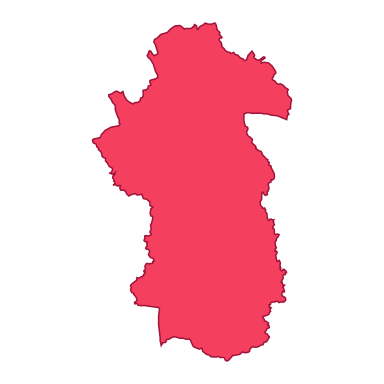 Iakora, Ihorombe, Madagascar
{"feature_id": "10022922B30377745880071", "entity_name": "Iakora", "entity_type": "district", "adm_level": 2, "iso_a3": "MDG", "parent_name": "Madagascar", "parent_adm1": "Ihorombe", "projection": "orthographic", "projection_center": [46.657, -23.157], "detail": "fine", "context": "isolated", "style": "filled", "palette": "rose", "viewbox_px": 384, "rotation_deg": 0, "n_neighbors": 0, "source": "geoboundaries", "source_scale": "gbopen_adm2", "svg_char_len": 6000}
<svg xmlns="http://www.w3.org/2000/svg" viewBox="0 0 384 384"><path d="M100.1,137.6L93.3,139.1L92.5,140.2L93.3,142.9L96.1,144.1L96.9,146.9L98.5,148.3L98.6,150.0L100.4,151.2L101.6,153.3L102.2,156.5L103.5,157.6L105.5,158.3L105.5,161.0L107.5,163.2L109.3,166.5L112.4,168.3L112.5,169.8L111.2,172.6L110.2,172.7L109.8,173.2L113.1,174.4L115.2,172.6L114.5,174.8L112.8,176.2L112.8,178.1L114.2,180.3L113.7,181.2L115.2,182.5L114.7,183.8L113.5,184.6L113.6,185.0L115.2,184.7L117.9,186.1L119.6,185.3L120.6,185.7L119.8,187.6L120.3,189.6L121.1,190.4L123.0,190.0L124.4,190.7L125.1,190.6L127.0,194.3L128.9,196.0L131.6,194.5L135.5,193.6L136.8,194.9L137.6,195.0L141.8,194.3L143.2,198.2L143.9,198.8L146.9,199.2L148.1,200.7L149.8,201.5L150.0,205.6L152.8,207.2L150.8,208.9L150.1,213.6L150.9,216.0L152.3,216.3L152.9,217.3L151.9,222.2L150.6,225.2L151.2,229.5L149.8,232.0L150.2,232.8L151.2,233.5L151.4,234.3L150.4,235.2L148.1,236.0L145.3,235.5L144.7,236.2L144.9,237.8L144.0,240.5L144.7,241.4L147.4,242.1L146.7,243.3L147.3,245.6L146.3,246.6L145.7,248.5L146.7,249.2L148.7,249.5L149.7,252.1L148.5,254.0L148.8,255.2L150.4,257.5L153.2,258.3L154.1,260.9L152.8,261.4L152.7,263.3L152.3,263.6L150.7,263.3L149.2,264.0L147.3,263.3L146.1,263.9L144.9,266.2L145.3,268.0L145.0,270.1L143.8,270.9L144.0,271.8L145.3,272.0L144.8,273.5L143.9,274.1L143.8,275.3L142.9,275.6L142.7,276.6L141.4,276.7L138.6,278.2L137.0,277.6L136.5,280.3L132.5,283.3L130.7,285.3L130.6,286.1L131.3,287.6L130.5,289.9L131.8,292.6L133.7,293.4L133.9,294.6L135.7,296.6L136.8,298.8L137.0,300.1L136.5,301.1L134.5,302.3L134.8,303.8L136.6,303.5L137.7,304.3L137.9,305.2L140.9,305.7L144.2,305.5L158.9,307.6L159.5,309.2L158.6,316.4L158.6,324.6L160.2,338.1L160.1,340.4L161.2,345.4L161.6,344.4L162.5,343.8L162.8,342.7L165.6,342.4L166.6,339.7L169.6,338.9L172.9,336.9L175.4,336.9L179.9,338.2L183.3,338.3L186.0,339.2L189.3,339.2L190.3,339.8L192.8,345.6L193.7,346.8L199.1,349.1L201.8,348.2L202.7,351.3L206.4,354.3L209.4,355.2L211.0,356.8L216.7,357.0L218.3,356.4L220.4,357.6L223.3,357.3L224.4,358.0L225.4,360.3L227.0,361.0L228.9,360.0L232.7,355.6L239.7,354.4L242.5,351.9L243.7,352.5L246.1,352.7L248.8,352.0L249.6,351.3L249.8,349.1L252.1,346.9L255.9,347.2L258.2,346.8L261.2,344.9L263.1,344.7L263.9,342.4L266.6,341.7L269.4,337.1L269.2,336.4L268.1,335.8L267.5,334.1L266.0,333.7L265.0,332.6L264.9,331.9L266.0,330.8L266.8,328.9L269.3,327.6L268.9,326.7L269.2,325.9L267.5,324.7L268.6,323.7L268.5,323.1L266.0,321.2L264.5,321.0L264.1,319.0L263.2,318.2L262.8,316.5L266.2,315.6L269.0,314.2L269.1,312.9L270.6,311.4L269.9,309.3L271.2,307.9L269.3,307.2L269.7,306.1L269.0,304.9L270.5,304.3L270.8,302.7L272.5,302.0L274.8,302.0L276.3,301.2L277.5,301.4L279.0,302.6L280.9,301.9L283.2,302.1L284.4,301.7L285.7,300.2L285.4,297.7L282.2,295.8L281.7,293.7L282.8,291.4L284.0,292.1L284.6,291.4L283.5,288.1L282.8,287.3L284.6,285.2L282.7,284.6L282.2,282.5L281.2,282.4L281.2,282.0L283.2,278.2L282.8,276.3L283.4,275.1L284.1,274.5L285.4,274.5L285.4,272.8L286.5,272.6L286.1,271.3L284.1,269.3L283.2,269.3L281.9,270.9L280.6,270.0L279.9,268.4L280.7,268.3L280.8,267.9L279.9,265.6L280.4,263.0L279.3,260.4L277.0,261.4L276.2,258.2L275.7,255.0L276.8,253.6L277.1,251.9L276.5,251.2L275.1,251.3L275.3,249.1L276.4,247.9L275.3,245.1L275.0,241.8L276.3,240.5L276.5,238.5L278.3,236.4L279.1,234.5L277.3,234.0L275.4,234.5L274.4,233.9L274.5,231.5L273.9,228.6L272.8,228.2L272.5,227.4L274.4,224.6L273.7,223.7L273.9,222.5L273.2,221.5L273.8,219.7L272.3,219.9L271.1,219.0L269.9,219.4L268.9,220.5L268.2,220.2L267.2,217.2L266.9,213.5L265.5,211.8L265.6,209.5L265.1,209.3L264.6,208.0L262.7,208.4L261.9,206.7L260.4,205.2L260.3,201.6L261.6,199.4L261.9,192.4L262.8,192.1L264.6,194.9L265.7,195.4L267.4,194.5L267.0,191.8L268.2,190.9L269.0,188.3L268.3,184.8L268.6,183.1L271.0,182.0L271.1,179.6L272.4,180.0L273.9,178.8L274.5,176.8L274.1,173.4L270.9,167.0L271.1,166.1L268.9,165.0L269.3,162.5L267.7,161.2L267.8,159.6L266.6,159.1L262.7,154.9L261.2,151.5L258.1,150.4L257.7,149.7L256.4,149.2L256.0,148.6L256.3,148.0L255.7,147.6L255.7,146.2L251.7,142.7L252.4,139.4L250.5,137.4L248.8,136.5L247.6,135.1L246.6,132.7L246.7,131.5L247.7,130.0L247.9,128.3L247.6,127.3L245.3,126.1L244.9,124.9L243.8,120.4L244.0,113.9L247.1,112.7L248.4,112.6L251.9,113.3L261.0,113.2L264.0,113.9L266.4,113.7L271.4,115.1L277.7,115.9L286.7,119.6L287.3,115.8L287.9,114.8L288.9,114.5L287.2,110.4L290.5,108.6L290.7,103.9L291.5,100.2L291.0,98.5L288.1,95.7L287.2,91.7L288.3,89.5L285.3,87.6L283.3,85.3L280.2,83.8L278.4,84.2L277.2,83.9L274.4,80.6L273.3,80.4L272.3,79.2L272.2,78.4L273.3,77.0L273.9,75.0L275.9,73.0L275.5,71.3L272.1,66.0L268.7,63.0L264.0,62.2L261.5,63.2L260.8,62.5L261.5,60.5L264.9,58.2L264.8,57.2L263.5,56.9L259.4,60.0L257.1,60.0L254.1,57.9L253.8,57.2L254.6,55.6L254.4,54.7L252.0,51.1L248.1,55.3L246.5,59.9L244.5,60.6L242.9,58.8L240.3,57.9L237.8,55.1L235.4,54.7L233.7,52.4L230.8,53.5L229.7,52.3L228.0,52.1L225.3,50.6L224.2,48.7L222.1,46.9L221.3,42.7L219.3,40.5L219.1,39.6L219.6,38.4L221.8,37.9L221.9,37.3L219.4,34.3L219.9,32.5L217.1,29.8L216.3,25.5L215.4,23.4L214.7,23.0L211.5,24.2L208.1,24.1L205.2,23.1L202.8,25.1L200.1,26.3L197.7,29.4L197.1,29.2L196.6,25.9L194.6,24.5L194.2,24.9L194.3,26.6L192.6,26.9L191.9,28.0L191.0,28.5L185.8,28.5L184.3,29.0L181.4,26.4L179.6,25.5L175.4,25.9L173.5,26.8L170.3,29.3L167.3,32.5L160.6,34.5L156.9,38.4L154.6,39.4L153.8,42.1L155.4,44.6L157.9,53.0L157.4,54.0L154.4,55.7L152.3,53.9L151.0,51.4L149.5,50.8L149.0,51.2L148.4,53.4L147.2,55.3L147.7,56.8L150.5,59.5L153.2,63.8L155.6,71.6L157.6,75.1L157.7,77.4L155.7,78.8L150.8,80.1L149.8,80.9L149.9,82.5L151.0,84.6L150.9,85.1L148.4,85.9L147.9,88.0L146.7,89.6L143.0,90.4L143.3,94.7L142.6,97.5L140.6,98.1L139.9,101.0L138.1,102.3L134.8,102.6L132.9,104.0L128.5,101.6L126.4,99.6L123.9,95.3L122.9,91.5L122.1,91.8L120.8,93.4L117.3,91.4L115.8,91.2L111.7,93.9L108.7,94.8L108.8,96.4L111.2,99.5L112.4,102.3L115.2,105.4L115.5,107.5L115.1,108.3L115.8,111.6L118.2,117.8L119.2,119.3L119.2,123.4L120.1,124.2L119.1,125.7L111.1,127.2L105.3,130.3L101.5,134.5L100.1,137.6Z" fill="#f43f5e" stroke="#9f1239" stroke-width="1.5"/></svg>